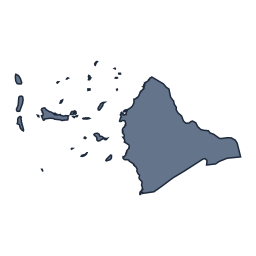 Alluhayah, Al Hudaydah, Yemen
{"feature_id": "15242507B84016376764538", "entity_name": "Alluhayah", "entity_type": "district", "adm_level": 2, "iso_a3": "YEM", "parent_name": "Yemen", "parent_adm1": "Al Hudaydah", "projection": "orthographic", "projection_center": [42.589, 15.671], "detail": "fine", "context": "isolated", "style": "filled", "palette": "slate", "viewbox_px": 256, "rotation_deg": 0, "n_neighbors": 0, "source": "geoboundaries", "source_scale": "gbopen_adm2", "svg_char_len": 5804}
<svg xmlns="http://www.w3.org/2000/svg" viewBox="0 0 256 256"><path d="M151.8,77.0L151.1,77.7L150.3,77.7L149.5,78.9L149.5,79.4L149.1,79.4L148.8,80.1L148.5,79.9L148.4,80.4L147.2,81.6L146.5,81.7L145.6,82.7L145.3,82.6L144.7,83.8L144.8,84.2L144.6,83.9L144.6,84.3L144.4,84.1L144.6,84.6L144.0,84.6L144.1,85.1L143.7,85.4L144.0,86.1L143.5,86.4L144.4,86.5L143.5,86.7L144.1,87.0L143.7,87.5L144.4,87.8L143.9,87.8L144.1,88.1L143.3,89.4L142.8,89.2L141.7,90.8L141.2,90.9L141.0,91.5L140.7,91.3L140.4,91.7L139.9,92.8L139.9,93.5L139.2,94.4L139.3,95.1L137.7,97.2L137.6,97.7L137.1,97.5L136.3,98.0L135.7,98.9L133.9,99.1L134.0,102.7L132.5,106.0L129.9,108.3L129.2,108.5L128.6,109.2L127.7,109.4L126.3,112.7L126.0,113.8L126.2,114.4L125.5,114.3L124.2,115.1L123.6,114.3L123.2,114.7L122.8,113.1L122.0,113.0L121.8,113.3L121.7,112.5L121.4,112.9L121.1,112.9L121.2,113.5L120.3,114.8L121.4,117.0L120.6,117.7L119.5,121.1L119.9,121.5L121.2,121.4L122.0,120.6L122.7,120.5L124.9,120.7L125.8,124.0L125.4,124.5L125.6,125.2L124.3,125.3L125.3,125.5L124.4,126.8L124.4,127.2L124.0,127.1L123.3,127.9L123.6,128.1L123.2,128.0L122.9,128.3L122.5,129.4L122.4,130.5L123.1,131.2L123.0,131.6L122.5,131.4L122.4,132.3L123.1,133.8L123.8,134.1L124.3,135.6L123.8,137.7L123.5,137.8L123.0,137.3L122.9,137.3L124.5,139.3L124.4,139.8L125.1,141.8L124.5,142.1L128.5,144.6L129.2,145.5L129.2,147.7L128.9,147.6L128.5,148.8L126.9,150.6L126.6,152.4L126.2,152.4L126.1,153.5L125.8,153.6L125.8,154.8L124.1,156.7L123.1,156.6L122.9,157.7L123.5,158.8L124.8,159.7L127.0,159.7L128.8,160.1L129.1,161.0L133.4,163.8L134.1,164.7L133.7,164.9L133.8,165.1L134.2,165.0L134.8,166.2L136.0,166.8L136.3,167.8L137.0,168.7L137.1,170.2L136.8,171.0L138.1,173.8L139.6,175.3L139.0,177.8L139.3,178.8L141.6,181.3L142.1,182.2L141.5,185.0L142.3,187.1L142.3,188.5L142.9,189.3L142.5,189.7L142.1,189.3L141.4,190.8L140.5,191.4L140.3,192.4L140.0,192.4L139.8,194.2L140.0,194.5L140.6,194.4L141.2,192.9L142.1,192.2L142.6,192.6L142.6,193.4L153.9,191.8L159.5,187.9L172.9,177.9L183.6,171.5L202.9,159.1L204.9,158.6L207.0,160.4L206.6,165.0L215.6,163.9L219.1,161.5L227.2,158.2L240.6,156.9L237.2,143.3L235.3,140.2L231.4,137.9L227.5,137.7L221.5,138.5L219.4,138.4L213.9,134.4L209.9,132.8L208.4,130.7L203.7,130.3L200.7,129.5L197.6,126.5L195.8,122.8L192.4,121.0L190.7,121.7L189.0,123.1L188.1,123.2L187.5,123.0L186.0,123.3L184.8,122.3L183.4,120.9L181.6,116.0L177.9,112.8L176.2,109.8L176.3,107.3L174.3,104.3L173.5,100.7L172.8,100.2L170.6,97.0L168.9,89.0L166.3,87.3L163.3,83.8L151.8,77.0ZM44.1,107.9L42.1,108.4L41.3,109.9L42.4,111.3L42.5,111.7L42.1,112.0L43.2,113.5L43.2,114.5L42.6,115.8L42.0,115.5L41.4,115.9L43.4,120.2L44.5,119.9L44.8,118.9L50.4,118.2L53.4,118.5L54.6,119.2L60.1,119.8L62.2,120.6L63.6,120.2L67.7,119.9L68.1,118.5L67.8,117.5L68.6,115.9L66.1,115.6L63.3,116.1L60.5,115.2L60.2,114.5L57.6,115.0L54.4,114.7L53.9,114.3L54.3,113.8L55.5,114.0L56.2,114.4L56.5,114.1L55.6,113.8L55.3,113.3L52.9,113.2L51.2,112.1L49.1,111.5L46.0,109.5L45.0,108.0L44.1,107.9ZM19.6,111.3L22.5,103.5L23.1,99.9L22.7,96.9L21.5,96.1L19.8,96.3L18.8,97.3L18.2,104.7L17.4,107.1L16.5,108.9L16.5,110.1L17.2,111.3L19.6,111.3ZM99.2,134.3L97.5,133.2L95.2,133.5L93.9,134.4L94.2,135.1L96.3,136.9L96.9,138.2L96.9,140.0L97.7,140.8L98.5,141.0L99.8,140.7L101.2,139.6L103.1,138.7L104.7,139.2L105.0,139.7L106.3,139.6L107.4,138.3L106.7,138.5L104.9,138.3L103.2,137.6L102.8,137.0L101.4,136.3L100.2,136.3L99.6,135.7L99.2,134.3ZM21.3,117.2L20.3,116.5L19.8,116.6L18.3,117.7L17.7,119.3L17.7,122.1L17.2,123.3L17.2,123.8L19.3,124.5L20.4,128.3L22.1,130.2L23.4,130.9L23.6,130.1L22.3,124.9L21.9,124.4L21.9,123.1L21.3,122.1L21.4,120.3L20.9,119.1L21.3,117.2ZM21.3,83.8L21.7,82.6L20.4,78.6L18.5,75.6L15.9,74.2L15.4,75.8L15.4,77.8L15.7,80.8L17.1,83.6L19.4,84.0L21.3,83.8ZM99.4,110.1L100.6,108.8L102.7,105.7L103.2,103.4L104.8,102.3L103.1,102.4L101.6,103.1L100.3,104.2L100.1,105.1L98.5,107.2L98.0,108.9L98.4,110.0L99.4,110.1ZM106.5,160.9L110.3,159.6L111.2,158.4L111.5,157.6L111.5,155.3L110.5,155.1L106.3,159.4L105.9,160.6L106.5,160.9ZM72.4,114.6L73.5,114.1L73.9,113.4L73.5,112.1L72.1,111.4L71.2,112.2L70.3,114.4L72.4,114.6ZM88.9,117.9L85.2,117.9L84.0,118.4L83.4,118.1L82.8,118.5L83.0,118.8L84.2,119.0L87.7,119.0L89.7,118.4L88.9,117.9ZM86.4,154.1L86.8,153.0L87.1,152.7L87.3,152.5L87.3,152.1L87.1,152.8L86.6,153.0L85.0,154.5L82.2,155.2L81.4,155.8L81.2,156.3L82.4,156.4L84.5,155.7L86.4,154.1ZM61.8,102.1L62.7,100.0L62.7,99.8L60.8,100.8L60.0,103.1L61.0,103.0L61.8,102.1ZM95.3,65.3L96.1,63.2L97.4,61.6L96.7,61.5L96.0,61.9L94.7,63.6L94.8,65.0L95.3,65.3ZM75.4,114.2L76.2,113.5L75.9,112.6L76.1,112.0L75.6,111.7L74.8,112.3L74.4,113.7L74.8,114.2L75.4,114.2ZM87.9,90.4L90.1,90.0L90.0,88.9L87.9,88.9L87.9,90.4ZM90.7,78.2L88.8,78.5L88.4,79.7L89.1,79.9L89.7,79.6L90.7,78.2ZM90.2,77.3L89.8,76.0L88.8,75.4L88.4,76.4L88.5,77.2L90.2,77.3ZM86.0,137.9L85.0,137.0L84.3,137.3L84.2,138.2L85.4,138.6L86.0,137.9ZM118.8,73.2L118.6,73.8L118.9,74.1L120.5,74.1L120.5,73.3L118.8,73.2ZM117.5,77.7L117.2,77.5L115.5,77.5L115.2,78.0L116.3,78.3L117.3,78.0L117.5,78.6L117.5,77.7ZM77.5,115.7L76.2,115.9L75.6,116.3L76.7,116.7L77.2,116.5L77.5,115.7ZM58.7,81.8L57.8,81.7L56.9,82.5L56.9,82.8L57.4,83.1L58.7,81.8ZM74.7,117.0L73.8,116.3L72.9,116.6L74.2,117.6L74.7,117.0ZM38.6,115.5L37.4,115.2L38.2,116.7L38.9,116.8L38.6,115.5ZM66.8,79.1L68.2,78.2L68.4,78.1L67.8,77.8L67.1,78.2L66.5,79.0L66.8,79.1ZM71.8,148.3L71.3,148.8L71.6,149.2L72.8,148.4L71.8,148.3ZM125.1,110.8L124.9,110.8L124.6,111.2L123.8,111.1L123.8,111.6L125.4,111.6L124.9,111.1L125.1,110.8ZM127.0,109.7L125.1,110.0L124.8,110.2L124.6,110.4L124.6,110.7L125.0,110.1L126.1,110.4L127.0,109.7ZM117.4,89.8L117.3,89.1L116.6,89.3L116.9,90.2L117.4,89.8ZM42.2,169.3L41.7,169.3L42.9,171.5L42.2,169.3ZM115.3,68.3L114.8,68.2L114.3,68.5L115.3,68.9L115.3,68.3ZM75.2,111.1L74.9,110.8L74.4,111.0L75.0,111.3L75.2,111.1Z" fill="#64748b" stroke="#1e293b" stroke-width="1.5"/></svg>